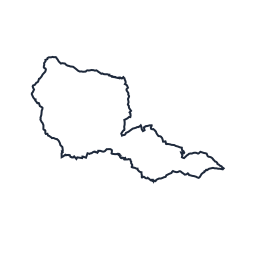 outline of Baia De Cris, Hunedoara, Romania, rotated 107°
{"feature_id": "2599482B28262501709263", "entity_name": "Baia De Cris", "entity_type": "district", "adm_level": 2, "iso_a3": "ROU", "parent_name": "Romania", "parent_adm1": "Hunedoara", "projection": "equal_earth", "projection_center": [22.712, 46.205], "detail": "fine", "context": "isolated", "style": "outline", "palette": "slate", "viewbox_px": 256, "rotation_deg": 107, "n_neighbors": 0, "source": "geoboundaries", "source_scale": "gbopen_adm2", "svg_char_len": 5857}
<svg xmlns="http://www.w3.org/2000/svg" viewBox="0 0 256 256"><g transform="rotate(107 128 128)"><path d="M118.7,229.1L121.8,229.6L122.9,230.1L123.8,229.9L126.4,227.6L127.1,226.7L127.7,225.7L127.7,224.8L128.6,224.9L128.8,224.7L129.7,223.2L130.5,222.5L130.7,221.5L130.3,221.2L130.3,220.4L132.8,218.7L133.4,216.1L133.8,215.6L135.4,215.4L136.5,215.6L140.8,214.7L143.7,214.7L144.8,214.2L145.6,214.2L147.6,212.2L148.0,211.4L150.0,209.7L153.8,208.6L154.2,208.1L154.3,206.8L154.5,206.6L154.8,206.5L154.9,206.2L157.0,205.6L157.7,204.9L157.1,203.4L158.6,202.2L158.7,201.9L158.6,200.9L159.0,200.1L159.5,198.3L159.9,197.8L159.3,196.2L159.6,194.3L159.4,192.7L159.6,192.6L159.8,191.7L160.6,190.4L162.4,188.7L164.1,187.7L164.6,186.6L165.0,186.2L165.2,185.4L165.8,185.0L168.5,183.8L169.1,183.7L169.5,184.4L170.5,183.8L170.6,183.5L171.6,184.1L175.3,182.9L174.0,181.6L172.1,180.3L171.8,179.9L172.2,179.3L171.6,178.4L171.4,177.6L171.4,177.0L171.1,176.7L171.2,176.4L171.0,175.8L172.4,174.6L172.5,173.5L172.3,173.5L172.3,172.0L170.9,171.2L172.7,168.3L170.9,167.9L170.2,163.2L169.2,163.2L169.4,162.9L168.6,162.8L168.5,162.6L168.7,159.5L164.0,159.3L164.0,157.2L163.2,156.5L162.8,155.5L161.2,154.3L160.5,153.4L160.6,153.0L160.3,152.7L160.6,152.0L160.3,151.3L160.7,150.1L159.5,149.6L158.5,149.8L157.9,147.6L158.0,145.7L157.7,144.3L156.8,143.3L154.5,142.2L153.4,138.8L153.6,137.6L154.0,136.9L155.4,136.5L157.1,136.3L157.3,135.7L156.8,132.7L156.4,131.5L155.6,130.2L155.4,129.0L155.5,128.5L155.9,128.2L156.1,128.3L156.2,128.0L156.6,128.8L157.0,127.9L158.2,126.9L158.1,125.5L158.7,125.6L158.7,125.0L158.0,124.3L157.9,123.7L158.0,122.8L157.4,122.0L157.7,121.8L159.1,122.3L159.1,121.7L158.6,120.8L158.5,120.1L158.0,118.8L157.5,118.3L157.5,117.5L157.3,116.7L159.1,115.5L159.3,115.1L160.6,114.8L162.0,113.2L163.0,112.9L163.6,113.2L164.3,113.0L164.4,112.1L164.2,111.6L164.3,110.9L164.1,110.1L164.4,107.6L164.1,107.0L165.2,106.4L166.1,104.9L166.4,104.1L166.5,102.6L166.4,102.2L168.1,101.6L169.1,100.9L170.3,100.7L171.2,100.3L171.2,100.1L170.0,98.7L170.2,97.8L170.7,96.8L170.8,96.3L170.7,95.6L170.4,94.7L169.9,94.5L170.1,94.2L170.3,93.2L170.8,92.3L171.4,90.6L170.8,89.6L170.5,89.8L170.3,89.2L171.5,89.0L171.6,88.5L171.5,88.3L170.9,88.2L171.0,87.9L171.1,88.0L171.4,87.8L170.9,87.7L170.7,87.4L170.6,87.0L170.8,86.3L170.5,86.1L170.2,86.2L170.0,85.9L169.7,85.9L168.7,85.2L167.2,83.5L166.7,81.8L165.5,80.2L164.7,79.4L163.9,78.0L163.6,77.7L162.0,77.5L159.9,75.3L158.3,73.3L156.9,73.0L156.0,72.4L156.2,71.3L156.1,69.0L155.9,68.2L155.3,67.2L154.4,66.3L154.1,65.7L154.4,64.2L154.8,63.6L155.2,62.1L156.0,60.0L155.1,58.4L153.9,57.6L154.0,57.0L155.2,55.7L155.0,54.9L155.0,52.6L154.7,50.8L154.7,48.6L155.0,47.3L155.0,45.8L153.8,45.0L150.5,44.2L148.7,43.0L147.9,42.1L147.1,42.3L146.3,41.4L145.3,41.1L145.3,40.6L144.9,40.3L145.0,39.9L143.3,38.6L141.3,35.1L141.2,33.3L140.7,31.7L140.6,29.9L140.1,28.2L139.8,25.3L138.6,24.7L137.9,26.7L137.4,27.2L137.2,28.0L137.2,29.0L136.5,30.3L136.4,31.3L136.2,31.5L136.1,32.1L135.2,32.5L134.6,33.7L134.5,35.2L133.8,36.0L133.4,37.1L132.9,37.5L132.8,37.9L132.4,38.3L132.1,38.9L131.8,39.9L131.7,41.1L131.9,42.6L131.7,43.3L131.5,43.7L129.5,45.3L129.5,46.8L129.7,48.1L129.6,51.8L131.5,52.9L132.0,53.5L131.8,55.4L132.0,56.6L132.6,58.0L133.8,59.5L134.1,60.8L134.9,62.2L136.0,62.8L136.7,63.5L140.4,65.6L140.4,66.5L140.2,67.9L138.6,68.1L137.9,68.0L137.5,68.3L137.3,68.8L136.5,69.3L136.1,70.0L135.8,70.2L135.6,69.2L136.0,68.1L135.8,67.2L135.2,67.0L134.8,67.4L134.1,67.9L133.7,68.7L133.5,69.7L131.6,70.7L131.1,70.8L131.3,72.9L131.1,74.8L131.2,77.0L130.8,78.8L131.4,81.6L131.3,82.7L131.6,85.2L131.9,85.8L131.8,86.1L132.1,86.4L132.1,87.0L130.2,88.0L129.8,88.3L130.0,88.8L130.5,89.4L130.8,90.5L129.1,91.4L127.6,92.5L127.0,93.5L126.7,93.8L126.5,94.9L126.8,96.5L125.5,98.3L124.5,99.4L123.2,100.3L123.0,101.0L122.6,101.3L121.6,103.5L122.1,104.3L122.1,105.1L122.0,105.7L120.9,106.3L118.9,106.0L118.5,106.2L119.1,108.0L120.7,110.5L120.8,111.2L121.1,111.4L121.4,111.9L122.5,112.5L122.8,113.0L125.3,111.5L126.6,112.8L125.3,114.4L124.1,114.9L123.9,115.2L122.1,116.2L121.7,116.6L122.5,117.0L123.4,117.8L124.0,118.1L124.1,118.7L124.6,119.7L125.2,120.2L126.2,121.6L127.2,123.3L131.5,126.5L133.3,128.5L135.0,128.8L135.8,129.6L136.5,131.1L137.0,131.5L135.3,132.8L132.8,132.1L131.4,131.5L131.1,131.0L130.0,131.1L128.0,132.0L125.8,132.2L123.3,132.9L123.1,133.1L122.4,133.3L121.4,133.9L118.9,131.3L117.1,130.2L116.9,129.0L115.6,129.1L114.6,129.4L114.2,129.8L113.5,129.9L112.6,131.1L110.7,130.1L108.8,132.5L108.3,133.0L106.4,133.8L106.1,134.5L105.6,135.0L103.1,135.0L100.3,136.5L97.9,136.2L97.2,136.3L95.9,137.6L94.6,137.8L93.6,138.9L92.7,140.1L92.0,140.6L91.2,140.7L89.5,139.8L87.5,141.5L87.5,141.8L87.1,142.4L86.9,143.8L85.8,143.5L84.9,143.6L83.7,144.3L82.5,145.4L81.5,145.9L81.1,146.9L80.7,147.3L81.2,147.7L81.9,147.8L82.1,148.0L82.3,148.2L82.1,148.6L82.5,149.1L82.0,150.3L82.2,150.9L82.9,150.9L82.8,151.7L83.0,151.7L83.1,152.1L83.3,155.4L83.0,155.4L83.4,157.6L83.6,157.5L83.7,158.3L83.1,158.4L83.3,161.4L82.5,161.5L82.7,162.2L82.7,163.8L83.0,164.5L83.4,165.9L83.5,166.9L83.6,167.3L83.3,168.3L83.9,169.3L83.7,169.5L83.7,170.4L83.1,171.6L83.1,172.5L82.5,173.6L82.1,175.1L82.8,176.3L82.8,178.1L83.0,178.7L83.1,179.6L84.5,182.2L84.6,183.3L84.9,183.9L85.3,184.4L86.2,184.8L86.5,185.1L87.4,187.6L87.5,189.1L88.1,190.6L87.9,192.3L86.7,195.1L85.5,198.3L85.9,200.8L86.0,201.0L85.9,202.7L86.1,203.5L85.9,203.9L85.9,205.1L84.8,207.2L85.3,210.0L86.0,211.0L84.6,213.7L82.9,215.5L82.3,216.6L81.5,217.2L81.4,218.1L82.0,219.7L82.0,220.8L82.9,222.2L83.6,224.4L84.6,225.4L85.8,225.3L87.1,226.9L87.7,226.5L88.3,226.4L90.5,227.2L92.2,226.5L93.3,226.6L94.7,226.2L95.2,225.3L95.2,224.5L95.3,224.2L96.2,223.6L98.3,223.6L101.8,225.3L104.0,225.7L106.7,226.9L107.0,227.5L109.5,227.5L110.6,227.8L111.5,228.9L113.9,229.7L115.2,231.3L116.2,231.3L117.4,230.4L118.7,229.1Z" fill="none" stroke="#1e293b" stroke-width="2"/></g></svg>